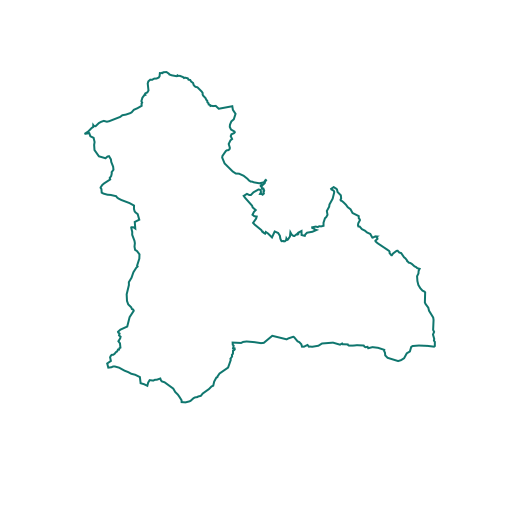 the district of Atid, Harghita, Romania, rotated 103°
{"feature_id": "2599482B64180314923929", "entity_name": "Atid", "entity_type": "district", "adm_level": 2, "iso_a3": "ROU", "parent_name": "Romania", "parent_adm1": "Harghita", "projection": "mercator", "projection_center": [25.009, 46.469], "detail": "fine", "context": "isolated", "style": "outline", "palette": "teal", "viewbox_px": 512, "rotation_deg": 103, "n_neighbors": 0, "source": "geoboundaries", "source_scale": "gbopen_adm2", "svg_char_len": 6110}
<svg xmlns="http://www.w3.org/2000/svg" viewBox="0 0 512 512"><g transform="rotate(103 256 256)"><path d="M175.6,450.5L173.8,446.1L176.6,444.3L177.4,440.8L181.3,438.9L184.2,438.7L189.1,437.2L194.2,431.5L194.6,424.6L192.5,423.1L191.8,421.7L194.5,419.1L196.9,418.2L201.1,415.3L204.0,414.3L206.8,415.5L208.2,415.1L210.7,415.1L212.9,416.1L214.2,415.3L219.5,420.4L221.4,421.8L224.1,422.8L224.5,422.8L225.5,421.7L229.0,420.6L229.5,418.7L229.7,414.5L229.2,411.4L229.2,405.7L230.2,404.6L230.9,403.1L231.7,399.9L232.9,391.1L234.3,386.2L237.6,385.5L239.8,384.3L240.6,383.3L241.8,380.7L246.9,377.9L250.1,381.8L256.4,379.8L255.6,381.8L256.0,383.9L256.4,384.0L260.4,382.0L263.2,381.4L268.6,377.8L270.8,376.9L274.2,376.5L277.2,375.2L278.0,373.0L280.6,369.9L284.8,369.1L292.1,369.7L292.9,369.0L294.3,370.0L299.4,371.8L305.2,372.4L310.1,374.0L312.9,373.3L322.4,373.4L328.8,371.6L331.9,369.6L334.1,366.0L335.6,365.0L335.8,363.6L336.9,362.8L344.0,365.4L353.7,365.6L358.3,371.6L360.9,373.4L361.6,373.0L362.2,371.5L364.2,371.6L365.1,369.8L366.8,369.8L370.0,370.9L371.7,368.9L375.8,367.5L376.5,368.3L378.0,368.4L378.2,369.4L380.3,369.9L381.1,370.8L383.3,371.9L384.4,373.0L384.8,374.4L385.9,375.0L387.5,375.4L390.9,373.8L394.2,376.8L398.0,374.8L396.9,371.8L395.8,370.4L395.4,368.8L395.6,364.3L397.3,358.3L397.9,354.3L398.8,351.1L398.9,347.0L400.1,341.9L405.9,339.8L406.1,336.3L406.9,332.7L403.6,332.6L400.9,331.7L400.5,328.1L399.4,326.7L398.8,324.7L396.9,321.7L398.6,320.6L399.4,319.4L399.6,316.7L403.8,306.8L406.7,304.1L408.6,301.0L410.2,299.2L413.3,296.1L415.1,295.6L414.5,291.8L412.7,288.3L411.9,287.2L408.6,284.9L407.5,283.6L406.6,281.3L405.9,280.8L404.7,278.3L402.0,277.0L396.1,271.8L393.1,270.0L392.0,268.5L387.8,268.5L383.4,267.3L382.8,266.4L382.0,266.4L378.7,265.1L371.0,258.1L362.9,257.2L362.0,257.8L359.3,256.7L357.8,257.2L356.4,256.5L353.3,257.1L352.7,256.2L351.8,255.7L350.8,256.1L351.0,257.6L348.4,257.6L347.7,258.7L345.6,259.3L344.1,251.0L342.6,249.2L341.4,245.9L340.3,238.2L339.8,231.6L338.9,228.9L330.1,222.2L330.3,207.4L329.0,205.9L326.3,201.5L326.6,200.5L329.8,196.3L330.2,194.4L331.8,192.0L334.0,190.8L333.6,188.9L331.1,185.8L332.5,184.0L332.1,183.1L331.8,180.8L329.4,175.0L326.4,172.0L323.1,161.5L323.5,154.2L321.9,152.4L322.5,151.8L321.5,146.7L322.1,146.2L322.4,145.3L321.3,140.7L320.2,137.6L319.0,130.9L320.0,129.8L320.2,128.6L319.4,126.9L320.6,125.9L318.6,122.0L318.0,116.4L318.6,109.9L319.7,109.8L321.2,108.6L323.8,107.7L325.6,104.9L326.4,93.9L324.9,91.3L322.3,88.7L316.9,87.2L314.4,84.6L309.7,84.3L308.5,83.2L306.6,77.2L305.0,68.6L304.3,62.1L303.5,61.5L299.5,62.4L298.4,63.6L296.7,63.7L292.7,65.9L289.9,65.4L288.1,66.8L278.4,68.6L276.1,69.5L270.4,75.1L267.6,76.5L264.6,80.0L263.3,81.0L253.4,83.0L252.8,83.8L252.3,86.0L250.5,88.6L247.7,91.3L244.1,93.1L239.5,94.5L236.5,93.8L233.9,94.2L231.7,93.7L231.6,96.1L230.8,97.5L230.4,99.3L228.7,102.3L228.1,104.1L228.1,105.8L227.3,106.7L227.1,107.5L226.3,107.9L224.6,110.0L224.0,111.4L220.5,115.2L220.4,117.2L219.0,119.2L219.4,120.2L222.7,123.0L224.7,123.8L224.8,124.3L223.1,126.5L221.8,126.8L221.1,127.5L216.2,140.4L214.9,142.8L214.2,143.1L212.0,141.5L211.2,141.8L210.3,143.2L209.8,142.7L210.0,144.1L211.9,146.4L211.9,146.8L208.8,149.6L208.1,153.1L206.8,155.6L206.0,158.9L204.0,161.6L204.2,162.9L203.0,163.6L201.0,163.7L197.7,162.8L197.0,163.1L196.2,164.3L194.0,164.9L192.4,171.6L189.2,174.4L187.8,177.6L185.8,179.9L183.9,183.0L183.0,184.9L182.9,185.8L182.3,186.3L180.7,186.0L177.8,187.0L175.3,190.9L172.9,192.1L172.4,192.9L171.4,195.8L173.7,197.9L174.2,197.5L174.8,195.1L175.7,194.3L176.7,194.1L182.9,194.2L189.3,196.0L191.5,195.8L196.2,197.1L199.8,195.6L202.3,196.3L203.7,197.3L208.4,197.7L211.4,197.0L212.5,199.2L212.8,201.1L213.9,202.3L213.9,204.4L215.4,207.7L216.1,207.4L216.1,206.4L217.0,204.3L217.1,203.0L219.7,206.5L221.8,211.5L224.1,212.9L225.4,213.0L225.3,216.3L221.4,217.3L223.7,220.0L224.6,220.5L225.0,219.8L225.7,220.2L225.9,221.5L227.9,223.1L228.0,224.1L227.2,226.0L225.2,227.8L229.3,227.3L232.8,228.6L233.3,229.2L232.1,230.3L233.5,230.2L235.1,231.1L235.5,232.1L235.2,232.8L235.8,234.2L235.5,234.8L233.6,236.2L230.9,237.3L228.6,239.6L227.9,243.3L234.3,244.6L231.4,249.3L230.4,251.9L232.2,252.2L231.6,254.0L230.8,254.8L231.0,255.2L229.5,256.7L225.7,264.4L224.4,266.3L219.5,264.3L217.4,264.2L217.6,266.6L216.6,268.7L213.4,267.9L211.3,266.6L209.4,270.2L207.9,271.1L201.7,279.8L200.2,281.5L197.5,278.8L198.1,276.3L197.7,274.7L194.5,272.8L190.6,268.5L190.6,266.3L192.8,265.5L194.6,266.0L194.3,264.4L194.8,263.4L194.6,263.2L193.4,262.4L192.0,263.2L191.4,262.8L190.1,263.5L189.9,263.1L188.6,264.0L188.9,264.9L188.7,265.5L187.1,266.0L187.0,267.0L186.2,267.3L185.4,266.7L185.8,265.8L183.1,263.9L181.5,263.9L180.0,263.2L179.7,263.6L180.2,264.0L182.4,264.8L184.4,269.1L184.7,274.7L184.4,276.6L184.7,277.8L184.0,279.8L182.7,281.7L180.6,286.1L179.6,291.1L180.2,294.2L178.9,297.7L172.9,307.4L167.7,311.1L166.0,311.2L160.5,309.0L159.6,308.2L159.0,306.6L157.5,305.7L156.3,305.9L153.0,307.8L149.0,306.9L147.4,305.6L144.9,307.6L142.9,307.3L141.3,305.1L140.3,304.5L139.6,304.9L138.4,308.8L136.1,310.6L133.9,310.9L130.4,310.3L127.8,308.4L122.1,307.9L118.8,311.4L115.4,312.8L120.9,325.4L118.8,329.0L119.6,331.6L119.6,333.1L120.1,334.1L119.3,334.6L119.0,336.2L117.9,336.6L117.2,337.9L115.6,338.5L115.1,339.5L113.5,340.7L111.6,343.6L110.7,344.3L109.1,344.7L108.0,345.9L104.8,351.0L104.8,352.8L104.4,353.9L103.3,355.3L101.6,356.2L100.6,358.5L99.3,359.7L99.4,361.4L98.2,362.5L98.2,365.4L98.8,366.2L98.1,367.3L97.6,370.6L98.0,372.3L97.7,373.1L98.4,373.2L98.7,374.0L98.9,378.8L98.6,381.3L98.0,381.8L96.9,384.6L97.8,387.6L98.8,388.2L98.6,388.8L99.2,389.6L99.4,390.8L102.5,390.4L104.0,390.9L105.5,392.9L106.0,395.0L107.7,396.9L108.0,398.7L110.1,400.2L112.3,400.3L118.9,398.0L121.1,398.7L122.4,400.4L123.7,400.8L124.0,400.2L124.8,401.2L127.3,402.3L130.9,402.5L132.2,401.4L133.1,401.8L135.4,401.2L138.7,404.8L141.0,407.9L144.0,409.5L145.1,410.7L147.5,414.6L148.9,417.9L151.0,419.6L157.7,429.4L158.7,431.5L158.6,434.7L160.1,437.1L161.8,439.0L165.6,441.5L165.9,443.1L165.1,444.0L167.0,443.7L168.2,444.9L172.3,447.4L175.6,450.5Z" fill="none" stroke="#0f766e" stroke-width="2"/></g></svg>